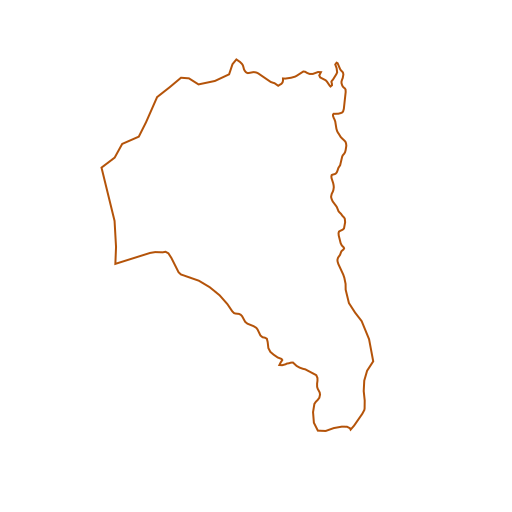 an SVG outline of Faranah, rotated 343°
{"feature_id": "GIN-5636", "entity_name": "Faranah", "entity_type": "Prefecture", "adm_level": 1, "iso_a3": "GIN", "parent_name": "Guinea", "parent_adm1": "", "projection": "natural_earth1", "projection_center": [-10.509, 9.855], "detail": "fine", "context": "isolated", "style": "outline", "palette": "amber", "viewbox_px": 512, "rotation_deg": 343, "n_neighbors": 0, "source": "natural_earth", "source_scale": "10m", "svg_char_len": 3154}
<svg xmlns="http://www.w3.org/2000/svg" viewBox="0 0 512 512"><g transform="rotate(343 256 256)"><path d="M252.7,368.2L249.1,368.1L246.5,367.1L248.5,365.0L250.7,363.2L250.3,361.9L247.1,359.4L244.0,355.5L241.7,351.9L240.9,347.7L242.0,341.7L242.2,338.3L240.6,336.7L238.5,335.6L237.0,333.3L236.0,326.7L235.3,324.8L233.2,322.4L228.0,318.2L226.4,315.8L225.1,309.5L224.2,307.7L222.8,306.4L219.5,305.0L218.3,304.2L217.1,301.9L214.6,293.7L209.7,282.9L202.6,272.3L194.1,262.9L178.8,251.7L177.2,248.9L174.5,233.1L173.0,227.8L170.7,225.5L167.8,225.2L160.8,222.8L155.6,222.1L119.2,222.4L124.8,206.4L131.0,181.1L134.1,126.3L149.6,120.6L160.8,109.7L178.8,107.6L189.9,96.0L207.9,75.1L222.7,69.4L236.4,63.6L243.8,66.5L251.2,75.1L267.9,76.6L283.4,74.4L289.6,65.7L294.7,62.3L297.4,65.7L298.7,68.1L299.2,69.8L299.2,71.6L299.1,74.0L299.4,75.6L300.0,77.1L300.7,78.0L301.6,78.7L302.8,78.9L307.3,79.4L308.8,80.0L310.2,80.8L311.5,82.0L321.0,93.9L323.2,95.5L324.2,96.1L327.0,99.7L328.7,99.2L330.6,98.8L332.1,97.8L333.1,96.2L333.7,94.1L335.8,94.9L341.7,95.8L345.7,95.9L347.4,95.6L355.2,93.4L356.9,94.2L358.3,95.8L360.4,97.5L363.5,98.5L369.1,98.2L371.8,99.2L369.3,101.8L369.6,104.0L374.0,108.3L374.8,109.9L376.3,114.7L376.8,115.7L378.6,114.9L379.0,113.2L379.0,111.5L379.7,110.7L381.2,109.8L386.0,105.6L387.3,104.1L388.0,99.9L387.8,96.0L389.6,94.7L390.4,95.5L391.1,102.0L391.4,103.0L391.9,104.1L392.5,105.1L392.8,106.3L392.6,108.0L391.0,111.1L389.8,112.6L388.8,114.1L388.3,115.6L388.3,118.2L388.7,119.7L389.4,120.9L390.0,121.8L390.3,123.0L389.7,125.4L383.0,141.0L381.5,143.3L380.2,144.0L378.8,144.1L376.2,144.0L371.8,142.7L371.0,143.3L370.6,144.5L370.7,146.8L371.0,148.4L371.1,150.6L370.1,157.8L370.1,160.2L370.4,162.0L370.8,163.1L371.8,167.0L372.9,169.1L373.5,170.1L374.6,172.1L375.0,173.2L375.0,174.9L374.6,177.0L372.7,180.9L371.5,182.8L370.3,183.9L368.4,185.1L367.5,186.1L363.0,193.8L360.7,195.7L360.0,196.6L359.4,197.5L358.7,198.4L358.0,199.3L357.2,200.0L356.3,200.5L355.3,200.7L353.1,200.6L352.1,200.7L351.4,201.8L351.0,203.5L351.1,208.9L350.9,211.0L350.5,213.0L349.3,215.5L348.3,216.9L346.6,218.7L345.6,220.4L345.1,221.4L345.0,222.3L345.0,223.8L345.3,226.3L347.2,231.5L347.6,232.8L348.0,237.3L348.5,238.5L349.6,240.5L350.4,242.9L351.5,245.0L351.8,246.3L351.5,247.9L351.1,249.8L348.3,255.2L347.5,255.8L346.4,256.2L343.7,256.6L342.5,256.9L341.6,258.3L341.1,260.6L340.7,268.4L341.0,270.4L341.4,271.6L342.0,272.6L342.4,273.5L342.5,274.4L341.6,275.3L339.3,276.3L338.5,277.1L336.7,279.5L334.7,281.0L333.9,281.7L333.3,282.6L332.7,283.6L332.4,285.2L332.4,287.7L334.0,299.3L334.1,302.8L333.5,308.9L331.9,314.4L331.1,328.2L334.2,339.1L338.0,349.2L339.8,368.6L337.3,391.0L328.7,398.2L323.1,406.8L319.5,416.7L317.7,426.0L315.3,433.5L314.6,434.9L311.6,437.9L300.2,446.9L295.7,449.7L295.5,448.2L293.1,445.9L288.3,444.3L280.1,443.3L271.5,443.7L264.1,441.1L262.6,432.4L264.9,422.0L268.6,414.5L270.6,412.9L272.9,411.7L275.1,410.1L276.7,407.3L277.0,405.1L276.2,401.0L276.2,399.0L277.1,395.9L278.3,393.3L279.1,390.6L278.8,387.6L270.0,378.8L267.9,377.6L265.1,375.5L262.7,373.0L260.2,368.7L258.3,368.2L256.1,368.2L254.0,367.9L252.7,368.2Z" fill="none" stroke="#b45309" stroke-width="2"/></g></svg>